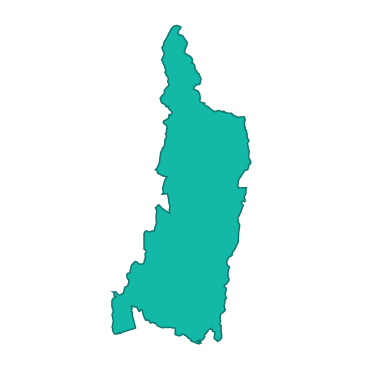 Musatesti, Arges, Romania, rotated 15°
{"feature_id": "2599482B8731048337259", "entity_name": "Musatesti", "entity_type": "district", "adm_level": 2, "iso_a3": "ROU", "parent_name": "Romania", "parent_adm1": "Arges", "projection": "albers", "projection_center": [24.756, 45.196], "detail": "fine", "context": "isolated", "style": "filled", "palette": "teal", "viewbox_px": 384, "rotation_deg": 15, "n_neighbors": 0, "source": "geoboundaries", "source_scale": "gbopen_adm2", "svg_char_len": 6086}
<svg xmlns="http://www.w3.org/2000/svg" viewBox="0 0 384 384"><g transform="rotate(15 192 192)"><path d="M141.5,309.0L142.7,309.4L143.4,311.9L144.1,312.7L145.5,313.0L144.4,314.0L142.9,316.3L142.8,317.4L143.7,321.3L144.9,324.8L145.8,325.3L146.6,327.4L146.9,329.4L146.6,330.0L146.5,331.2L149.5,337.1L149.8,343.3L150.5,344.2L151.6,346.9L153.8,349.1L156.7,348.5L158.1,346.6L158.4,347.3L159.3,347.3L160.5,345.8L172.7,337.9L165.4,325.0L165.7,324.6L165.5,323.4L164.3,323.2L164.0,319.2L163.1,318.9L162.9,317.5L165.8,317.8L168.5,317.6L171.6,320.9L172.5,320.7L172.7,319.1L174.2,318.6L177.3,324.1L180.2,327.7L180.8,327.2L182.4,327.6L183.5,327.0L185.8,329.4L187.7,327.9L189.1,328.5L190.3,328.5L190.7,328.2L193.7,330.3L198.6,330.8L200.9,329.8L204.4,329.0L205.6,328.3L208.5,328.4L210.4,327.7L211.3,328.3L211.6,329.4L211.7,330.5L212.2,331.4L212.3,333.4L212.8,334.1L213.2,333.8L214.3,334.2L217.0,334.3L218.6,333.1L220.1,331.5L221.1,331.4L221.7,332.3L223.1,332.2L224.4,332.7L224.4,333.1L225.1,333.2L226.6,334.3L229.1,334.5L229.3,334.9L229.3,336.0L236.9,337.0L238.2,336.8L239.7,335.6L239.6,334.8L235.8,334.9L235.7,334.5L237.5,333.3L238.9,333.4L240.9,331.4L241.9,328.7L241.2,327.5L241.4,326.2L242.4,324.6L242.5,324.0L243.1,322.8L243.6,320.9L245.6,318.6L246.1,318.7L246.2,319.7L246.9,319.6L248.0,321.3L250.4,321.4L251.2,327.5L255.2,329.5L256.2,329.1L257.0,328.4L257.9,326.2L258.4,325.6L257.6,322.2L256.6,320.4L256.4,319.1L254.9,315.3L255.0,313.8L254.3,313.1L253.1,312.6L252.8,312.1L253.1,309.3L252.6,308.9L251.9,307.6L252.0,306.9L251.8,305.8L251.1,304.1L251.5,303.3L251.3,302.5L254.4,298.6L254.3,297.7L254.6,296.8L254.1,296.4L252.9,294.6L252.3,292.4L252.4,290.7L251.9,287.2L252.1,286.5L252.7,286.1L252.7,285.7L251.5,283.9L250.2,281.1L250.5,278.2L249.8,275.9L248.0,275.4L247.3,274.7L249.3,271.3L250.5,268.4L250.6,267.8L250.3,266.4L249.0,264.8L248.3,264.3L248.5,263.2L248.2,262.2L247.4,261.1L247.7,260.3L247.7,259.5L247.2,258.6L247.8,255.0L247.2,254.4L245.1,253.8L243.6,250.9L244.1,246.8L244.9,244.7L246.3,243.8L247.1,242.8L246.8,240.9L246.5,240.5L248.2,236.2L249.6,228.3L247.6,219.4L246.7,211.8L244.0,208.3L244.0,207.4L242.9,205.5L242.9,203.5L243.5,202.8L243.9,202.7L243.8,200.7L244.4,198.9L244.4,195.5L245.1,191.9L244.7,191.3L243.3,190.5L242.5,189.6L242.4,189.1L242.6,188.3L244.1,187.7L245.4,187.8L245.6,187.1L245.6,186.6L245.2,186.2L245.0,185.1L244.3,184.4L244.0,183.7L243.6,183.6L243.5,182.4L243.9,182.0L244.3,180.7L244.2,179.4L244.4,178.9L244.2,178.5L243.6,176.5L243.6,173.9L242.7,173.9L237.6,175.6L236.3,175.8L234.7,174.8L233.8,168.4L237.4,157.4L240.0,156.1L240.2,150.0L241.2,149.7L240.9,147.4L237.4,143.4L237.4,142.2L237.1,141.2L237.2,140.4L236.7,139.2L236.9,138.3L236.7,137.7L235.7,136.8L235.2,135.1L234.3,133.7L232.9,130.4L233.1,129.5L233.8,128.2L233.5,127.3L230.9,124.9L230.9,123.5L230.6,123.3L229.9,121.1L229.1,120.0L229.0,119.4L228.3,118.2L227.3,118.2L226.7,115.9L226.4,115.4L225.8,115.5L225.0,111.5L224.6,111.3L224.6,110.5L224.3,109.9L224.7,109.2L224.7,108.4L223.0,105.8L221.4,106.5L219.1,107.0L218.7,107.5L217.7,107.9L212.0,107.2L209.8,105.7L206.9,106.5L204.4,106.7L201.8,105.8L201.9,106.8L200.3,106.5L196.6,106.4L193.0,108.7L192.5,108.2L189.8,107.7L187.4,106.3L186.1,106.0L185.1,105.3L183.3,105.2L181.3,104.4L181.4,103.0L176.6,103.0L175.9,101.7L175.6,99.0L174.4,96.2L173.8,95.1L172.2,93.3L171.8,92.9L166.9,92.2L166.9,90.1L168.0,88.2L169.3,86.9L171.6,86.0L171.5,80.5L170.3,78.7L169.7,78.3L167.9,75.9L166.6,75.6L164.9,73.6L163.9,73.2L162.6,71.2L162.2,69.8L160.8,68.0L159.4,67.4L158.5,67.6L158.8,66.7L158.6,66.1L158.4,66.1L158.5,65.5L157.9,63.3L155.4,61.5L151.4,60.5L148.4,59.2L149.0,49.2L142.9,43.8L141.1,43.3L138.9,43.3L137.6,42.7L137.3,42.0L137.3,39.6L137.8,38.2L138.4,37.5L138.7,36.1L138.2,35.2L136.4,35.3L135.4,34.9L133.5,35.3L131.3,36.8L129.6,40.1L129.2,42.9L128.4,45.1L128.1,47.9L126.2,54.9L126.2,56.1L126.7,56.8L126.7,57.2L126.3,57.8L126.2,58.9L125.8,59.5L125.6,60.5L126.6,62.0L129.3,65.3L129.4,67.6L128.4,71.8L128.6,72.5L129.6,73.1L130.9,75.3L132.9,77.4L133.5,78.8L135.0,80.8L135.3,81.7L134.9,82.8L135.0,83.9L136.5,84.3L136.6,85.7L136.9,86.0L138.7,87.1L139.8,88.4L140.0,89.0L139.8,90.4L140.1,91.7L140.5,92.6L141.2,93.0L141.8,94.0L141.7,95.8L140.4,97.5L139.8,99.2L139.0,100.5L139.6,103.4L139.6,104.0L137.6,107.8L137.0,109.7L138.6,112.5L140.3,114.2L141.1,113.9L142.9,114.4L143.6,114.8L144.2,115.8L144.7,116.2L146.0,116.2L146.3,115.4L146.6,115.5L147.0,116.3L147.6,116.8L147.6,117.2L149.3,118.5L150.3,118.8L152.2,120.0L151.7,122.9L150.0,123.1L150.2,123.9L149.8,124.1L150.5,125.1L149.8,127.4L149.1,128.4L148.5,128.4L147.2,130.2L146.6,130.3L146.3,131.1L146.4,132.8L149.9,134.2L151.7,136.5L151.2,137.0L151.1,137.9L151.9,140.6L151.4,141.8L151.4,142.9L152.4,143.5L153.1,145.0L152.8,146.6L152.5,147.2L152.6,148.4L152.2,149.3L152.9,150.6L153.2,152.0L153.1,152.7L153.3,153.0L153.3,154.5L152.0,158.5L152.1,159.8L151.4,161.8L152.0,163.8L151.9,165.2L152.9,172.0L152.1,177.9L150.9,180.0L152.2,180.0L152.7,180.4L153.9,182.7L159.9,184.0L164.0,183.8L162.8,186.8L162.6,191.7L162.8,196.1L164.5,200.1L163.8,201.8L168.7,199.9L170.7,203.8L171.9,206.3L172.0,207.2L173.4,209.9L173.7,210.1L174.5,212.4L174.7,215.4L175.5,216.9L175.9,218.4L167.7,215.7L163.1,212.9L160.8,216.7L162.8,219.3L163.6,225.1L164.6,227.4L164.6,228.3L164.9,229.4L165.7,230.8L165.8,231.5L165.4,234.8L165.6,239.3L163.1,240.2L162.1,241.2L160.6,241.8L159.0,241.3L157.2,241.6L156.4,244.7L156.6,245.7L157.2,246.2L157.0,246.8L160.5,259.7L162.5,260.4L163.3,261.2L162.6,263.8L163.9,267.3L164.0,269.2L163.7,270.3L163.9,273.1L163.6,273.9L162.0,274.8L161.0,274.8L160.2,275.2L159.1,275.3L157.9,274.2L156.8,274.0L156.4,273.7L155.1,273.8L155.1,274.2L154.8,274.8L154.2,275.2L153.8,276.0L153.6,276.9L152.8,277.4L152.4,280.2L152.8,281.1L152.5,283.3L152.6,284.5L153.1,285.2L153.3,285.9L150.9,287.3L150.5,288.4L150.9,290.4L151.7,291.9L152.3,292.5L153.1,292.8L152.9,293.0L153.1,293.2L153.6,293.0L154.3,293.8L154.0,294.5L154.1,295.1L154.5,296.2L154.1,297.1L154.3,299.0L154.1,299.7L152.9,300.3L152.0,301.1L151.7,303.5L151.9,306.9L150.3,309.2L148.9,310.2L148.2,310.4L146.1,309.7L144.6,308.2L141.5,309.0Z" fill="#14b8a6" stroke="#0f766e" stroke-width="1.5"/></g></svg>